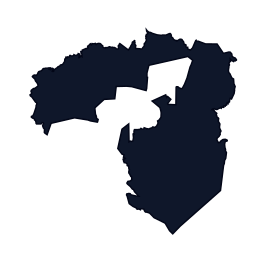 outline of Xochihuehuetlán, Guerrero, Mexico, rotated 7°
{"feature_id": "50627088B21353339735014", "entity_name": "Xochihuehuetlán", "entity_type": "district", "adm_level": 2, "iso_a3": "MEX", "parent_name": "Mexico", "parent_adm1": "Guerrero", "projection": "mercator", "projection_center": [-98.537, 17.893], "detail": "fine", "context": "isolated", "style": "filled", "palette": "ink", "viewbox_px": 256, "rotation_deg": 7, "n_neighbors": 0, "source": "geoboundaries", "source_scale": "gbopen_adm2", "svg_char_len": 5699}
<svg xmlns="http://www.w3.org/2000/svg" viewBox="0 0 256 256"><g transform="rotate(7 128 128)"><path d="M185.3,227.6L191.7,219.1L227.4,178.8L227.4,153.5L227.9,151.6L227.8,148.5L228.7,146.2L228.7,140.4L227.4,138.5L227.4,137.3L226.6,135.6L225.9,132.5L226.0,130.2L226.5,129.5L228.0,128.7L228.0,128.3L227.9,128.0L226.3,127.4L224.6,127.6L223.4,128.0L221.4,130.0L220.9,131.2L219.5,131.5L217.7,129.1L217.7,127.2L219.4,125.2L220.3,123.1L220.0,122.0L220.0,121.0L220.5,120.4L220.6,119.6L219.1,117.2L218.7,116.0L218.7,112.8L216.8,110.3L216.8,107.5L216.1,106.8L215.3,106.5L214.4,105.2L214.5,104.9L214.2,104.7L214.0,103.8L214.3,102.6L212.0,101.1L210.9,99.6L209.1,99.5L209.4,99.0L211.2,98.2L213.0,98.9L214.2,98.7L216.3,97.2L217.6,96.8L218.1,97.0L218.1,96.1L218.5,96.3L219.5,95.5L220.1,95.9L220.5,95.8L220.3,94.4L221.9,94.4L221.9,93.9L223.0,93.2L222.7,92.7L222.9,91.9L223.4,91.5L224.3,92.0L224.4,91.9L224.2,90.9L223.8,90.6L224.8,90.4L224.6,90.0L225.5,89.6L225.5,87.7L225.8,86.2L227.2,86.6L229.1,80.8L229.2,77.3L228.9,76.7L229.3,73.8L227.7,71.1L226.8,66.5L224.9,65.6L222.5,61.7L221.2,60.6L220.6,58.5L220.7,55.2L220.5,54.6L221.0,53.0L220.3,51.8L220.8,50.2L221.6,49.3L221.0,48.5L221.3,48.2L221.0,47.0L223.0,48.5L224.8,49.2L225.5,48.0L226.5,48.2L226.7,47.7L227.3,47.5L227.3,47.0L225.9,45.5L223.9,45.0L222.5,43.9L222.0,41.9L220.3,40.3L218.9,40.3L214.2,42.1L213.5,42.2L206.2,33.8L194.7,35.1L187.1,33.3L185.3,33.5L184.9,32.7L184.5,33.2L182.3,40.7L180.4,43.1L177.7,42.3L177.4,40.6L176.4,40.7L175.5,40.3L175.5,38.6L174.9,38.2L173.7,38.3L172.5,35.4L171.2,34.4L170.9,33.7L169.8,33.4L168.6,33.6L166.2,35.5L165.6,35.3L165.4,35.6L164.5,35.2L163.9,35.3L162.2,34.3L161.7,33.4L160.9,32.7L160.3,32.6L159.6,31.7L159.7,30.7L159.1,29.7L158.4,29.1L157.5,29.3L154.3,31.2L151.1,31.5L149.7,32.0L145.6,32.0L140.7,31.1L138.7,30.4L137.2,30.4L135.3,29.3L134.4,28.4L134.7,29.5L136.2,31.6L135.8,32.3L134.8,32.9L134.9,33.7L134.4,34.6L134.6,35.1L135.3,35.3L134.7,36.6L135.4,37.9L135.5,39.1L134.7,41.3L133.9,42.2L134.1,44.9L133.1,46.1L132.4,47.5L131.8,48.1L130.1,47.9L125.9,48.2L125.6,46.6L125.7,45.1L124.5,43.9L124.5,42.2L124.1,41.6L124.0,40.5L123.7,40.4L123.5,40.5L123.2,41.8L122.1,42.0L121.9,42.3L121.8,44.0L120.6,46.6L120.5,47.6L119.7,48.6L119.3,50.0L118.8,50.5L109.6,45.2L109.0,46.1L109.1,46.9L108.3,47.7L108.9,49.6L108.8,50.4L108.2,50.9L106.7,50.9L106.3,50.8L106.1,50.2L104.4,49.7L103.1,50.0L102.7,49.7L102.0,50.0L99.6,49.6L97.9,50.7L95.7,51.0L95.3,51.6L93.4,50.9L93.0,50.4L92.8,49.4L91.7,48.9L90.7,47.9L90.0,47.6L88.5,47.6L86.8,48.2L86.5,49.0L86.0,49.1L85.2,48.0L84.0,48.6L82.3,48.6L81.6,50.0L80.9,49.8L80.7,48.9L80.1,49.3L78.7,51.3L78.0,51.7L78.1,52.4L78.7,52.9L78.6,53.4L78.3,53.4L77.4,54.3L76.8,54.1L73.1,56.3L73.2,57.0L72.7,57.9L71.9,57.9L72.0,58.5L72.6,59.0L72.8,59.8L73.4,60.4L73.3,61.4L73.6,61.9L73.7,62.9L73.3,62.7L73.2,62.0L72.5,62.1L71.6,63.7L70.8,64.2L70.6,63.8L70.9,63.5L70.7,62.8L71.5,62.1L70.9,61.5L71.3,60.6L69.5,60.2L69.4,61.2L67.6,62.3L66.6,62.3L65.4,61.8L65.2,62.6L63.6,63.6L61.9,63.0L61.4,63.1L60.9,64.8L59.4,64.8L59.3,65.5L59.0,65.7L57.9,65.1L57.5,66.5L56.9,67.3L57.0,69.7L55.3,73.0L53.5,73.6L53.0,74.1L53.0,74.6L50.9,75.9L50.3,76.9L49.8,77.2L47.9,79.0L47.3,80.2L47.3,80.8L46.6,81.1L45.8,80.8L46.2,80.1L46.3,79.2L47.1,78.7L46.0,78.0L44.8,78.1L44.0,79.5L42.7,79.3L43.4,78.6L43.8,78.6L43.6,77.8L41.6,78.1L40.4,78.6L39.1,78.6L38.1,79.1L37.4,79.1L36.5,79.5L35.7,81.0L34.8,81.9L32.6,82.9L32.0,83.9L31.7,85.3L30.6,87.0L29.1,86.7L27.7,87.3L26.8,88.6L26.9,88.8L29.7,90.9L30.4,92.5L32.1,94.1L33.3,95.9L33.6,96.8L33.2,97.6L31.3,99.5L30.4,100.1L29.3,100.4L27.4,102.4L27.3,103.6L28.1,104.8L28.1,105.7L26.7,107.1L27.2,108.0L28.9,109.0L33.1,113.6L34.1,114.0L34.5,114.7L34.5,115.6L34.1,116.8L34.2,118.7L32.9,125.2L32.2,127.2L31.9,127.7L30.8,128.2L30.7,128.9L32.0,129.8L33.2,129.8L33.8,130.3L34.2,131.3L35.3,132.0L36.1,133.8L36.2,134.6L36.7,135.1L41.3,134.5L42.0,133.1L43.1,133.1L43.7,133.9L43.2,135.0L43.0,136.2L44.0,138.2L45.3,139.4L45.5,142.6L46.1,143.2L48.5,144.5L51.1,132.7L73.7,124.4L87.3,124.9L89.8,125.5L96.9,125.9L97.1,125.5L96.8,124.8L97.2,124.5L97.3,123.1L95.8,122.4L95.4,121.5L95.3,120.7L94.6,120.1L94.8,119.3L94.2,119.0L92.7,112.6L93.0,111.6L100.8,102.5L111.3,100.6L111.2,88.2L121.3,86.7L126.7,86.5L141.4,88.6L141.7,86.6L141.2,75.3L140.6,75.2L140.1,71.1L141.1,63.2L178.7,49.7L184.0,52.9L182.9,57.8L182.2,59.8L180.5,71.2L178.8,77.6L177.1,82.0L176.8,82.4L175.3,82.3L174.1,82.0L172.5,81.0L171.2,81.1L170.8,81.5L172.7,99.1L164.7,99.7L164.4,98.8L167.0,94.3L163.5,91.9L162.7,93.0L161.4,90.5L148.7,98.3L157.2,103.8L158.6,107.2L159.1,109.0L159.4,112.9L159.3,113.7L157.8,116.4L156.5,117.4L157.3,119.5L156.3,122.3L155.0,123.9L154.1,124.1L152.5,123.9L151.3,125.3L150.1,125.5L149.1,126.5L147.5,126.3L146.4,126.7L146.0,126.2L144.0,125.8L143.9,126.8L143.4,127.3L142.3,127.4L140.9,126.8L140.3,127.8L137.5,128.5L134.6,128.8L134.3,130.3L134.8,133.1L134.2,132.9L133.8,133.3L134.6,136.9L134.5,140.1L133.4,140.9L131.8,140.7L130.7,141.6L128.2,123.9L122.2,129.9L120.4,149.6L125.3,154.7L127.3,155.1L127.1,158.0L128.5,158.0L129.1,158.7L127.0,159.7L127.7,160.7L127.5,161.1L128.5,162.9L129.3,162.7L131.4,163.4L131.8,165.4L132.2,165.6L133.2,165.4L133.9,168.6L134.5,169.1L134.1,170.7L134.3,172.5L135.4,173.7L136.7,175.7L137.4,175.7L137.5,175.9L138.1,178.8L136.8,180.3L134.4,181.0L133.6,182.8L134.3,183.7L137.5,185.8L139.8,188.1L141.0,188.4L142.2,190.4L147.0,194.4L145.1,194.6L139.2,194.0L138.1,192.9L136.7,192.9L134.8,193.6L134.7,194.6L135.6,196.0L138.4,202.9L142.7,205.3L146.1,206.3L146.2,206.9L146.8,207.4L147.7,207.4L148.4,207.0L150.0,207.5L149.9,207.2L151.2,206.5L153.5,206.5L154.6,208.4L155.6,209.3L156.8,209.2L159.8,209.8L164.8,213.8L175.6,217.6L176.6,218.1L181.8,224.9L185.3,227.6Z" fill="#0f172a" stroke="#020617" stroke-width="1.5"/></g></svg>